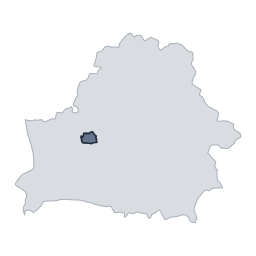 location of Karelichy, Grodno, Belarus
{"feature_id": "67162791B39609385147896", "entity_name": "Karelichy", "entity_type": "district", "adm_level": 2, "iso_a3": "BLR", "parent_name": "Belarus", "parent_adm1": "Grodno", "projection": "orthographic", "projection_center": [26.2, 53.507], "detail": "fine", "context": "in_parent", "style": "filled", "palette": "slate", "viewbox_px": 256, "rotation_deg": 0, "n_neighbors": 0, "source": "geoboundaries", "source_scale": "gbopen_adm2", "svg_char_len": 5200}
<svg xmlns="http://www.w3.org/2000/svg" viewBox="0 0 256 256"><path d="M222.4,187.8L217.8,187.9L212.3,188.4L209.4,190.8L206.0,189.9L203.7,191.3L198.6,197.6L196.7,200.9L195.0,205.9L193.9,209.7L194.8,212.2L195.9,214.5L196.3,217.0L196.9,219.0L195.7,220.5L195.0,222.6L192.6,222.4L189.7,220.6L188.9,217.7L186.6,215.8L185.1,214.8L182.7,214.8L179.0,216.0L174.1,216.9L170.3,217.3L168.3,218.4L165.4,219.6L164.1,218.4L162.3,215.2L160.8,212.0L159.8,210.6L159.0,210.2L158.0,210.3L156.9,211.4L156.0,212.5L153.0,213.9L151.6,215.1L150.2,218.2L149.2,218.0L148.1,217.3L146.8,214.0L145.2,213.3L142.5,213.3L139.3,212.7L136.6,211.8L135.6,212.0L134.1,213.5L132.4,213.8L128.7,212.6L128.0,213.2L125.9,216.9L124.9,217.1L124.3,216.7L124.6,213.4L122.4,212.3L118.7,212.2L116.2,212.7L114.9,212.6L114.3,212.0L111.1,206.6L109.4,206.3L106.5,206.6L102.1,206.0L97.1,204.8L94.3,204.3L92.9,203.1L89.8,202.7L81.5,200.4L78.1,200.0L73.1,199.9L65.5,199.3L60.6,199.5L58.4,200.2L55.8,200.7L46.7,201.1L43.5,201.6L42.5,202.8L41.4,205.2L37.5,209.5L33.8,212.2L33.2,212.5L31.1,210.9L29.3,210.3L27.3,210.0L25.8,210.5L24.8,211.2L24.8,214.5L24.6,214.8L23.2,210.8L23.4,207.2L24.4,205.2L25.5,203.4L25.2,200.6L26.4,197.0L26.5,194.3L26.1,193.1L25.3,191.8L23.0,190.2L22.0,189.1L18.9,187.4L15.8,185.4L15.4,184.2L15.5,183.4L16.1,182.2L18.7,178.7L21.4,175.4L23.1,174.1L31.9,169.9L33.3,168.4L33.8,165.8L33.8,160.5L33.4,155.7L32.9,152.3L31.4,146.0L27.4,133.0L25.3,119.5L27.0,120.3L31.0,120.8L34.2,120.0L35.9,119.9L37.4,120.2L41.6,119.6L42.6,120.8L44.5,121.9L48.3,120.5L51.6,118.7L55.0,119.0L55.5,118.1L56.4,113.3L57.5,112.3L61.5,112.9L63.1,112.0L64.7,109.7L67.1,108.3L69.1,108.3L71.2,106.7L72.2,107.8L72.7,109.8L72.0,111.3L72.2,112.0L73.7,112.7L76.2,112.7L77.7,112.1L78.1,111.2L78.1,109.6L77.7,108.1L76.7,106.7L74.7,106.1L73.4,106.0L73.2,105.2L73.6,103.4L74.9,100.1L76.4,97.2L77.3,96.1L77.5,95.1L77.3,93.3L77.3,90.0L78.6,85.5L80.4,82.1L82.8,81.0L85.7,80.5L87.6,78.8L88.5,77.0L89.3,74.1L90.2,73.5L97.2,73.8L98.2,70.9L98.8,70.1L100.1,69.2L101.0,68.2L100.7,67.4L98.9,66.9L94.7,66.5L93.9,65.5L94.2,64.3L95.3,61.3L96.3,57.5L96.8,54.5L96.9,52.7L97.5,52.2L100.8,51.6L101.9,51.0L104.8,46.9L107.0,46.2L112.7,47.2L115.3,47.0L118.6,47.3L118.9,46.9L119.9,42.8L125.4,36.2L128.3,33.9L130.2,33.4L130.8,33.4L133.9,36.8L134.6,36.9L136.6,35.4L140.0,35.2L141.7,36.3L144.1,40.4L145.3,40.9L148.6,38.4L150.4,37.6L151.6,37.5L158.1,40.5L158.6,41.5L158.7,42.7L157.9,46.6L159.3,48.9L160.9,50.4L164.0,47.6L165.2,46.8L166.5,46.7L168.2,45.7L169.4,44.1L170.6,43.6L173.0,43.8L177.2,43.2L182.2,45.2L182.7,45.9L185.3,48.4L186.3,49.7L187.1,50.1L188.5,51.3L190.3,52.0L191.5,51.7L192.1,52.1L192.7,53.1L192.9,54.8L193.1,59.9L191.5,62.6L191.3,63.6L191.4,64.7L193.0,66.7L195.0,70.0L195.6,71.9L195.7,73.4L193.5,77.9L192.7,78.9L192.3,81.1L192.1,83.3L192.4,84.1L196.8,87.3L200.0,88.9L200.8,89.8L200.9,90.4L199.5,94.2L199.4,95.2L202.0,96.5L203.6,98.8L205.1,102.7L207.8,106.2L217.1,111.1L217.9,112.0L218.3,113.1L218.2,115.7L217.0,120.7L218.6,121.4L222.5,120.8L227.4,121.1L233.5,124.0L233.6,125.6L233.1,127.0L233.7,128.5L234.4,129.7L239.8,133.1L240.4,134.2L240.6,136.1L240.6,137.5L239.3,137.9L237.8,138.7L235.4,140.5L234.6,143.0L230.7,146.6L228.3,148.2L226.3,148.5L221.4,148.2L219.6,146.7L218.7,145.3L216.8,144.8L214.3,144.9L211.0,145.4L210.3,145.9L209.9,147.8L208.6,150.9L207.7,152.8L212.5,158.5L214.9,160.9L215.7,162.3L215.7,163.4L214.8,164.8L215.1,167.4L217.5,170.6L216.9,171.2L216.9,175.4L217.3,179.8L218.0,180.9L219.2,181.7L220.3,183.2L222.2,186.8L222.4,187.8Z" fill="#d9dde1" stroke="#a8b0b8" stroke-width="1"/><path d="M82.3,142.6L82.7,142.7L83.0,142.7L83.3,142.7L83.7,142.7L84.0,142.9L84.2,143.2L84.6,143.2L85.0,143.2L85.4,142.9L85.6,142.8L85.9,143.0L86.1,143.0L86.9,143.1L87.7,143.2L88.5,143.2L89.2,143.3L89.9,143.3L90.4,143.5L90.6,143.7L91.1,143.7L91.4,143.7L92.1,143.4L92.3,143.4L92.7,143.1L93.1,142.8L93.7,142.7L94.2,142.6L94.6,142.6L95.1,142.6L95.6,142.6L96.6,142.4L97.0,142.1L97.0,141.8L96.7,141.3L96.5,140.8L96.4,140.5L96.3,140.2L96.3,139.9L96.3,139.6L96.5,139.4L96.5,139.0L96.5,138.8L96.4,138.4L96.1,138.2L95.7,138.0L95.5,137.8L95.5,137.6L95.7,137.3L95.9,137.1L96.1,136.8L96.2,136.7L96.2,136.2L96.1,135.8L95.9,135.7L95.7,135.7L95.4,135.6L95.3,135.4L95.0,135.2L94.7,134.7L94.4,134.3L94.0,133.8L93.7,133.4L93.3,132.9L93.0,132.3L92.8,131.9L92.5,131.8L92.3,131.8L92.1,131.7L91.9,131.8L91.6,131.9L91.3,132.0L90.8,132.2L90.3,132.4L89.8,132.7L89.4,133.0L89.1,133.3L88.7,133.3L88.5,133.2L88.3,133.2L88.4,133.4L88.4,133.7L88.1,133.7L87.8,133.6L87.6,133.4L87.3,133.3L86.9,133.2L86.6,133.2L86.3,133.1L86.3,133.3L86.3,133.6L86.2,133.8L86.0,133.7L85.9,133.6L85.7,133.5L85.4,133.4L85.1,133.5L84.8,133.5L84.7,133.5L84.6,133.3L84.3,133.1L84.1,133.1L83.8,133.2L83.7,133.3L83.8,133.5L83.8,134.1L83.7,134.3L83.5,134.7L83.3,135.1L83.2,135.4L83.2,135.6L83.3,135.8L83.5,135.9L83.3,136.2L83.1,136.4L82.8,136.8L82.7,137.0L82.3,137.3L82.1,137.3L82.2,137.1L82.0,136.7L81.8,136.4L81.6,136.2L81.4,136.1L81.2,136.1L81.2,136.4L81.2,136.6L80.9,137.0L80.8,137.3L80.9,137.6L81.0,137.9L81.3,138.1L81.5,138.4L81.5,139.0L81.5,139.4L81.4,139.6L81.3,139.9L81.4,140.1L81.8,140.4L82.0,140.7L82.0,140.8L81.9,141.0L81.9,141.3L82.0,141.5L82.1,141.8L82.2,142.2L82.3,142.6Z" fill="#64748b" stroke="#1e293b" stroke-width="1.5"/></svg>